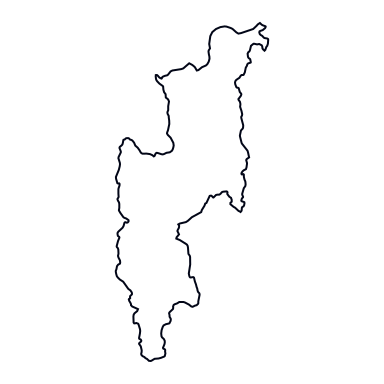 the Province of Chiang Mai
{"feature_id": "THA-390", "entity_name": "Chiang Mai", "entity_type": "Province", "adm_level": 1, "iso_a3": "THA", "parent_name": "Thailand", "parent_adm1": "", "projection": "robinson", "projection_center": [98.763, 18.701], "detail": "fine", "context": "isolated", "style": "outline", "palette": "ink", "viewbox_px": 384, "rotation_deg": 0, "n_neighbors": 0, "source": "natural_earth", "source_scale": "10m", "svg_char_len": 5993}
<svg xmlns="http://www.w3.org/2000/svg" viewBox="0 0 384 384"><path d="M238.4,33.6L241.0,33.1L253.2,29.0L256.5,25.9L257.8,24.4L259.9,23.0L261.7,24.7L263.0,25.4L265.3,26.2L265.6,26.4L265.7,26.8L265.1,28.1L262.7,30.1L260.1,31.0L259.5,31.4L259.3,32.5L259.8,34.1L260.7,35.0L262.3,35.9L263.3,37.1L264.3,38.0L267.2,38.5L267.9,38.9L268.1,39.1L268.2,39.9L267.9,43.7L267.2,45.9L266.4,46.8L265.3,49.9L264.5,50.7L263.1,49.4L262.5,48.5L262.2,46.3L261.7,45.3L259.2,44.0L257.1,44.4L253.9,43.7L253.2,44.0L251.0,45.8L250.0,50.0L249.6,51.0L249.2,51.6L248.3,52.2L247.6,53.7L248.0,56.9L248.7,58.1L249.9,58.9L250.2,59.3L250.8,62.1L250.7,62.5L249.9,62.9L248.3,63.3L247.3,64.3L246.9,65.8L245.8,67.6L244.8,72.4L243.6,74.8L243.2,75.0L241.7,75.0L240.8,75.6L239.4,77.8L237.0,79.4L235.9,80.3L235.3,81.3L235.0,82.6L235.3,84.4L236.4,87.2L236.9,87.6L238.1,87.8L238.7,88.2L239.8,92.0L241.1,93.6L241.3,94.1L241.3,94.6L240.8,95.9L238.4,99.1L238.6,99.9L239.9,101.7L240.3,103.3L240.4,104.5L240.1,106.8L241.5,111.0L242.2,114.2L242.0,115.5L241.2,117.0L241.3,118.0L243.2,125.2L243.2,126.0L243.1,127.3L242.8,128.5L241.3,130.1L240.9,130.7L239.9,135.5L240.0,136.5L241.6,142.9L242.0,143.7L247.5,150.7L248.0,152.3L249.1,157.4L246.7,159.1L246.2,160.1L247.0,163.0L247.0,163.8L246.5,167.4L245.9,169.2L243.7,170.3L242.6,171.3L241.7,172.6L241.4,173.8L241.8,174.4L242.5,174.4L243.2,174.1L243.8,174.5L243.9,177.1L244.5,179.6L245.3,181.4L245.5,182.9L245.6,184.6L245.3,186.1L243.8,188.2L242.2,193.8L242.2,194.7L242.9,196.3L243.1,196.9L243.0,197.3L241.9,198.5L241.3,200.4L241.4,200.9L241.6,201.2L243.9,202.0L244.3,202.2L244.5,203.1L244.1,205.3L243.5,206.4L242.3,207.0L241.9,207.7L241.6,210.6L241.2,211.3L240.5,212.0L239.9,211.5L238.5,210.9L235.1,207.7L233.5,206.8L230.4,204.2L230.4,202.9L231.7,201.7L231.7,199.8L231.0,197.8L229.4,196.8L227.4,194.2L227.3,193.4L227.5,192.3L227.2,191.7L226.5,191.4L223.1,191.7L222.0,192.1L220.4,193.9L219.4,194.6L217.2,194.7L216.0,195.0L213.5,197.5L213.0,197.4L212.1,196.3L211.3,195.7L210.4,195.7L209.7,195.9L206.4,203.0L205.2,203.6L204.5,205.7L201.8,210.1L201.2,212.1L191.9,217.2L187.8,220.9L185.9,222.1L179.9,223.5L178.3,224.4L179.1,225.6L179.1,226.9L178.7,228.3L177.9,229.6L177.4,231.0L179.0,234.4L176.6,237.3L176.3,238.6L179.9,240.1L186.4,244.2L187.0,244.7L187.7,246.0L188.0,247.8L188.4,253.6L188.6,254.2L189.7,255.6L190.1,257.0L190.2,264.5L188.8,273.5L189.3,275.9L189.6,276.7L190.0,277.3L190.7,277.5L193.0,277.1L193.5,277.2L194.0,277.7L194.9,281.5L196.0,284.5L196.6,287.0L197.2,288.5L197.6,290.7L198.2,292.1L199.2,293.1L199.5,293.8L199.6,294.8L198.3,301.3L198.3,303.2L198.0,303.9L196.6,305.2L194.8,305.7L193.1,306.6L192.4,306.8L191.2,306.4L189.0,304.6L185.0,302.5L183.5,302.0L179.3,302.0L177.1,303.4L174.6,304.3L173.7,304.9L173.1,306.4L173.2,308.0L172.9,309.1L169.8,312.0L169.3,312.6L169.1,313.4L169.5,314.9L169.6,316.8L170.7,318.7L170.8,319.6L170.6,320.9L169.4,323.3L169.0,323.5L165.9,324.2L163.6,325.4L162.7,327.0L161.6,330.2L161.2,333.5L161.5,336.3L162.0,337.3L163.9,339.1L164.7,340.8L164.8,342.3L164.5,344.1L163.0,347.8L163.2,348.5L164.9,349.4L165.2,350.0L165.1,351.7L165.4,353.4L164.8,356.0L164.3,356.5L161.1,357.8L158.5,358.5L154.6,358.8L151.5,360.7L150.7,361.0L148.9,360.8L147.1,359.0L145.4,358.1L144.5,357.1L142.5,356.1L141.3,354.7L141.2,353.6L141.6,352.2L141.7,350.3L140.8,346.4L139.1,343.9L139.1,343.5L139.5,342.8L140.8,341.8L141.2,341.2L141.3,340.7L140.8,339.6L139.3,338.8L139.1,338.4L139.1,337.7L139.9,333.7L140.2,331.0L140.0,329.2L138.5,324.3L138.1,323.7L136.3,323.0L134.8,323.4L134.1,323.3L133.6,322.5L133.4,316.4L133.7,314.6L134.5,313.3L137.2,311.1L138.0,309.1L132.2,306.5L131.0,305.2L131.0,304.2L130.3,302.6L129.3,301.0L128.8,299.4L128.9,299.1L129.9,298.5L130.2,298.1L130.0,297.1L130.2,296.0L131.8,294.5L132.0,294.0L131.9,293.0L131.7,292.3L130.4,290.4L128.3,288.9L123.2,281.7L119.8,279.5L117.7,277.4L116.8,276.1L116.2,273.9L115.8,271.9L115.8,270.8L116.4,269.3L117.0,266.2L118.1,264.7L120.0,263.6L120.2,262.4L120.0,260.5L118.5,257.6L118.0,255.9L118.5,253.7L118.3,249.5L117.8,248.1L116.9,247.1L116.7,246.6L116.7,246.1L118.0,241.1L119.4,237.7L119.2,236.9L117.9,235.9L117.6,234.6L117.5,233.1L118.2,231.8L122.5,227.8L122.9,227.2L123.6,225.9L124.4,222.9L124.8,222.4L125.4,222.2L126.8,222.7L127.6,222.5L128.3,221.8L128.6,221.1L128.5,220.2L127.9,219.7L126.2,218.5L124.3,217.8L123.4,217.2L120.6,213.3L119.1,210.8L118.9,210.2L119.3,207.9L119.3,204.0L119.0,202.4L118.2,201.1L117.5,199.5L117.5,198.9L118.5,197.3L118.6,196.6L118.4,193.8L118.4,189.2L118.6,188.2L119.5,185.6L119.6,184.0L119.2,183.4L118.1,183.5L117.4,183.2L116.1,178.9L115.9,177.0L118.8,169.9L119.7,166.4L120.0,164.4L119.9,163.0L118.4,158.2L118.6,157.0L120.8,152.4L120.8,151.4L119.5,148.1L119.5,147.6L119.8,146.9L121.6,145.4L122.4,144.5L122.9,142.7L123.3,140.3L123.5,139.8L124.7,139.5L125.7,138.5L126.3,138.2L128.1,138.1L128.8,138.3L130.1,139.6L131.6,140.0L132.5,140.7L134.1,142.7L135.3,145.6L137.7,147.7L139.6,150.4L140.7,152.4L141.5,153.2L142.6,153.7L146.5,153.6L150.0,154.1L152.4,155.2L153.8,156.4L154.5,156.0L155.6,153.6L156.4,152.9L157.2,152.9L158.4,153.2L161.4,154.2L162.7,154.4L163.9,154.1L166.5,152.8L169.8,152.3L171.9,150.8L172.7,149.4L173.3,147.5L173.7,145.5L173.3,142.8L170.6,137.7L167.8,134.9L167.0,133.5L167.1,132.6L168.0,130.2L169.3,124.0L169.2,120.7L168.8,117.7L168.7,115.9L167.6,113.8L167.4,112.6L167.5,111.9L168.2,110.2L168.2,106.2L169.0,101.5L168.2,99.6L167.5,98.8L166.3,98.0L165.8,97.4L165.6,94.2L164.1,92.2L163.4,89.7L163.1,86.4L162.6,85.9L159.4,83.6L157.1,81.2L156.3,79.9L156.0,78.9L155.7,76.5L155.8,75.1L156.9,75.0L157.8,75.7L158.6,76.7L159.6,77.7L161.4,78.6L161.8,78.4L161.9,77.6L163.0,76.6L165.0,75.8L167.2,75.3L168.0,74.7L170.6,71.4L172.4,70.5L181.3,69.1L183.3,68.4L189.2,63.3L192.2,64.9L193.6,66.0L194.9,67.2L196.8,70.5L198.4,70.1L202.0,67.2L205.9,65.5L207.3,64.2L208.7,61.7L209.5,58.8L209.4,56.6L208.9,54.4L208.5,51.6L208.7,50.4L210.0,48.4L209.2,44.0L210.3,36.1L212.3,32.1L216.0,29.0L220.4,27.1L224.6,26.4L226.5,26.6L230.7,28.0L232.5,28.9L236.4,32.4L238.4,33.6Z" fill="none" stroke="#020617" stroke-width="2"/></svg>